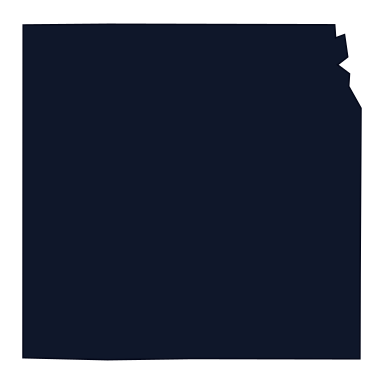 Washington, Iowa, United States of America (Equal Earth projection)
{"feature_id": "52423323B53294458303473", "entity_name": "Washington", "entity_type": "district", "adm_level": 2, "iso_a3": "USA", "parent_name": "United States of America", "parent_adm1": "Iowa", "projection": "equal_earth", "projection_center": [-91.625, 41.337], "detail": "fine", "context": "isolated", "style": "filled", "palette": "ink", "viewbox_px": 384, "rotation_deg": 0, "n_neighbors": 0, "source": "geoboundaries", "source_scale": "gbopen_adm2", "svg_char_len": 313}
<svg xmlns="http://www.w3.org/2000/svg" viewBox="0 0 384 384"><path d="M191.2,358.5L359.9,358.8L360.1,275.1L361.0,108.2L348.7,86.3L349.5,73.8L337.5,64.8L347.7,56.9L344.5,34.6L335.6,37.9L334.7,24.8L108.6,24.3L23.2,25.0L23.0,357.7L107.4,359.7L191.2,358.5Z" fill="#0f172a" stroke="#020617" stroke-width="1.5"/></svg>